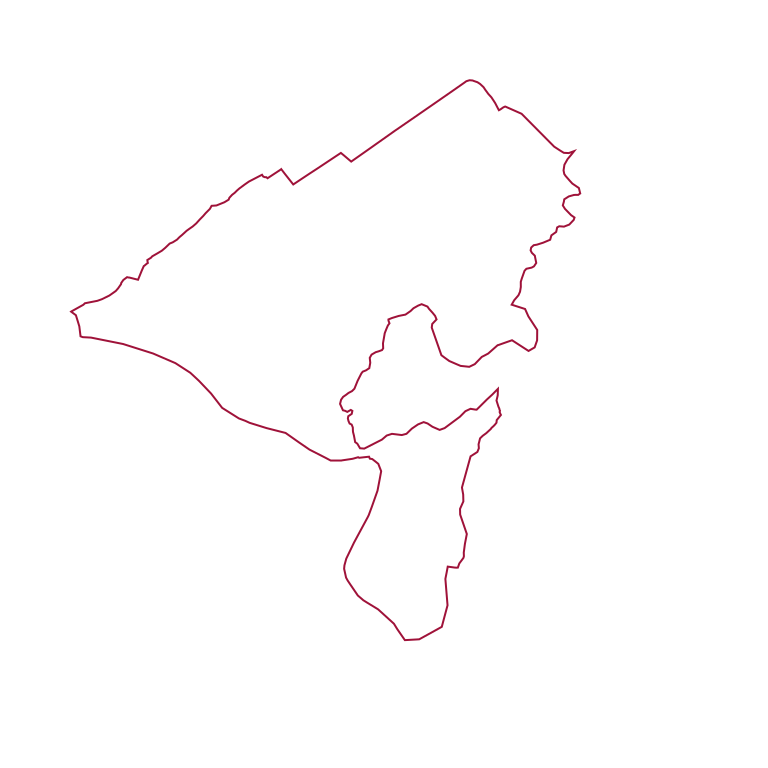 Bangui, Bangui, Central African Republic, rotated 68°
{"feature_id": "33826404B58165985423079", "entity_name": "Bangui", "entity_type": "district", "adm_level": 2, "iso_a3": "CAF", "parent_name": "Central African Republic", "parent_adm1": "Bangui", "projection": "natural_earth1", "projection_center": [18.572, 4.378], "detail": "fine", "context": "isolated", "style": "outline", "palette": "rose", "viewbox_px": 768, "rotation_deg": 68, "n_neighbors": 0, "source": "geoboundaries", "source_scale": "gbopen_adm2", "svg_char_len": 4689}
<svg xmlns="http://www.w3.org/2000/svg" viewBox="0 0 768 768"><g transform="rotate(68 384 384)"><path d="M580.6,481.4L590.7,473.9L610.0,464.6L616.4,463.5L629.3,460.6L633.9,447.0L630.8,421.4L613.0,408.0L587.7,400.1L582.2,396.5L577.2,393.3L580.8,387.0L581.4,385.7L581.9,384.3L578.6,381.4L575.0,375.5L573.7,374.5L573.5,374.4L570.2,373.2L562.6,368.9L554.1,363.4L533.6,362.3L528.3,360.3L527.7,359.7L522.6,354.4L516.2,352.0L509.2,350.5L484.5,331.6L483.5,330.8L482.0,322.9L479.1,320.1L475.3,318.9L473.3,317.4L470.4,315.3L469.0,311.9L467.9,307.6L465.7,301.8L465.0,300.8L464.1,298.3L463.2,296.3L462.0,294.2L459.7,293.0L458.5,290.8L456.5,287.2L455.1,287.3L453.3,287.3L452.3,286.5L450.9,286.5L449.9,286.3L448.0,286.4L441.5,285.9L437.1,282.8L431.2,280.2L432.2,282.6L434.3,287.4L437.0,294.6L441.1,304.3L442.5,307.7L442.0,308.8L439.4,313.1L439.7,318.7L442.8,325.9L447.6,344.3L447.4,349.6L441.8,355.1L436.9,358.4L434.2,361.5L434.2,367.6L435.8,374.9L438.6,381.8L438.0,386.6L433.2,395.3L432.8,400.8L434.8,406.8L435.2,411.5L436.5,426.5L434.6,430.3L429.3,431.1L427.1,432.5L420.6,431.2L416.9,430.7L415.9,430.4L412.6,429.2L409.5,429.2L407.8,430.7L405.1,430.8L402.4,430.4L400.5,429.2L399.6,425.1L397.1,423.4L395.6,424.5L396.1,428.5L394.3,430.1L393.0,431.9L386.0,432.2L382.5,429.7L380.6,426.7L379.8,423.1L379.0,420.3L378.6,416.3L377.3,413.2L371.1,407.2L365.7,401.0L364.6,399.1L364.6,395.6L363.8,391.7L359.2,388.8L354.4,387.4L352.1,384.5L351.4,379.8L351.7,376.7L351.8,373.1L350.6,371.4L345.9,369.7L337.7,364.6L337.3,364.4L333.9,361.2L331.2,358.5L329.8,356.2L326.9,356.1L325.8,355.7L325.8,352.0L326.4,344.9L327.4,339.6L327.7,338.1L326.3,332.0L324.8,328.3L324.1,322.9L324.1,319.2L328.5,314.7L331.2,314.1L336.1,312.3L340.0,311.1L343.0,311.1L343.8,311.1L346.4,316.8L349.6,318.6L378.8,320.0L381.8,318.2L387.1,314.9L392.4,309.7L395.9,306.2L400.0,298.5L399.6,292.4L395.5,283.2L395.2,279.8L394.8,276.0L394.1,274.0L390.7,264.4L390.6,264.1L390.7,263.8L390.8,261.9L390.8,261.6L391.1,254.8L391.4,248.9L407.5,237.6L406.5,230.6L400.9,225.7L391.3,221.7L375.4,224.8L367.3,225.1L358.3,235.9L355.1,231.9L352.1,226.1L349.4,223.3L345.3,220.8L340.5,218.9L337.9,216.8L331.7,211.3L330.5,208.8L331.4,203.5L331.1,200.9L328.8,197.5L321.5,196.1L317.7,197.8L315.0,198.0L312.6,196.4L311.4,193.2L312.1,190.0L312.6,183.5L312.5,175.9L308.9,173.1L307.5,167.4L303.7,164.8L303.4,162.4L305.5,158.2L305.6,152.5L302.9,146.6L301.0,145.0L300.1,145.6L297.5,147.3L289.4,150.6L285.4,151.3L282.3,148.9L280.3,147.7L279.3,142.4L279.9,136.9L281.4,133.0L280.8,130.8L280.8,130.7L275.3,129.9L268.7,134.3L265.2,135.6L259.1,137.7L256.8,138.2L253.2,137.5L248.3,134.6L248.2,134.5L244.3,129.6L240.9,123.3L239.3,120.5L239.1,126.2L237.0,130.7L233.3,133.4L227.7,137.3L223.6,139.0L222.7,139.4L185.0,155.2L172.2,167.6L172.1,167.9L172.2,169.8L173.0,173.1L173.2,174.9L172.4,175.0L165.1,175.7L158.5,177.0L154.2,178.6L149.1,179.9L146.1,180.5L141.8,182.5L139.2,184.3L136.6,187.3L135.8,188.1L134.4,190.9L134.1,194.2L134.3,195.1L134.6,196.2L137.8,210.1L144.0,237.5L149.2,260.7L153.4,279.6L160.0,307.5L162.1,316.5L165.5,331.1L157.1,335.5L153.6,337.4L154.8,343.4L159.3,365.3L160.8,373.0L162.8,382.8L165.0,393.4L152.0,397.2L146.3,398.8L146.4,399.0L149.6,414.9L148.2,415.6L147.7,416.9L146.9,417.8L146.6,418.1L146.4,418.3L144.3,418.7L145.7,433.4L146.9,438.6L148.5,444.8L149.5,447.7L150.8,450.8L151.7,454.0L153.4,457.6L154.9,459.0L155.7,463.9L155.7,472.5L154.2,477.1L156.4,479.8L158.8,485.4L160.5,488.7L162.5,493.3L164.7,497.8L165.0,498.6L166.3,502.4L166.7,504.2L167.3,506.8L168.0,509.6L170.2,515.5L171.0,518.0L171.4,519.1L171.8,520.0L172.6,521.8L173.5,526.8L173.5,530.1L175.8,535.8L177.2,540.1L178.0,545.3L178.5,548.9L178.8,551.1L179.2,551.9L179.6,552.6L179.9,554.2L180.4,557.0L182.0,557.4L183.3,557.6L183.5,558.6L184.1,560.5L184.5,561.6L184.7,562.6L185.5,563.4L188.1,566.1L195.2,573.0L190.0,580.1L189.5,581.1L188.7,582.2L189.9,586.7L191.9,589.8L192.9,590.4L195.7,594.7L197.3,597.9L199.1,605.5L199.7,613.8L199.5,618.6L197.1,631.1L197.9,633.0L199.6,646.6L199.7,647.0L204.8,643.9L210.8,644.4L216.4,644.9L226.1,647.5L227.7,645.8L231.2,638.3L249.2,610.9L269.2,586.7L286.5,569.6L301.0,559.4L311.7,554.4L328.1,547.9L345.5,543.0L361.6,531.4L366.2,526.4L369.7,523.1L373.7,518.2L380.9,509.4L392.5,493.6L406.3,484.7L417.0,477.6L430.6,465.8L435.0,462.1L438.7,452.9L439.0,452.1L439.0,451.9L441.5,441.5L441.7,440.2L442.2,435.4L443.1,434.7L445.8,425.1L447.9,425.1L449.2,423.0L453.0,420.8L455.9,419.2L463.8,419.3L470.9,423.8L480.5,430.0L481.3,430.7L493.2,441.2L500.0,447.4L500.4,447.9L500.9,448.4L519.8,471.2L531.8,484.4L537.3,488.6L540.4,490.2L549.3,491.7L552.7,491.3L557.0,490.4L570.3,487.5L576.5,484.3L576.8,484.2L577.0,484.0L580.6,481.4Z" fill="none" stroke="#9f1239" stroke-width="2"/></g></svg>